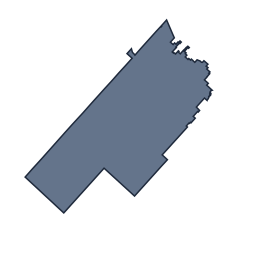 East Pilbara, Western Australia, Australia (Natural Earth projection), rotated 132°
{"feature_id": "25037944B14743311013482", "entity_name": "East Pilbara", "entity_type": "district", "adm_level": 2, "iso_a3": "AUS", "parent_name": "Australia", "parent_adm1": "Western Australia", "projection": "natural_earth1", "projection_center": [120.361, -21.612], "detail": "fine", "context": "isolated", "style": "filled", "palette": "slate", "viewbox_px": 256, "rotation_deg": 132, "n_neighbors": 0, "source": "geoboundaries", "source_scale": "gbopen_adm2", "svg_char_len": 2445}
<svg xmlns="http://www.w3.org/2000/svg" viewBox="0 0 256 256"><g transform="rotate(132 128 128)"><path d="M21.9,171.6L29.8,171.6L29.8,171.1L31.0,171.1L31.1,171.6L37.4,171.7L51.4,171.7L60.4,171.7L69.2,171.6L68.9,173.1L68.9,173.9L68.9,174.0L68.8,175.2L68.6,175.7L66.8,178.5L70.2,178.5L73.4,178.5L73.4,171.6L83.4,171.6L93.0,171.7L103.0,171.6L114.0,171.7L124.9,171.7L135.8,171.7L146.7,171.6L154.1,171.7L163.1,171.8L173.3,171.8L209.6,171.6L222.9,171.7L233.3,171.6L234.1,118.9L173.9,118.9L174.2,77.6L133.9,77.6L125.2,77.5L125.1,84.6L87.5,84.5L87.5,86.0L83.6,86.0L83.5,85.4L82.0,85.4L82.0,84.6L75.7,84.6L75.7,87.3L69.2,87.3L69.2,86.5L67.1,86.5L66.7,91.2L63.2,91.2L62.3,91.2L54.6,91.2L54.6,87.7L54.4,87.8L54.2,87.9L53.8,87.9L53.7,87.9L53.3,87.9L53.1,87.9L52.9,87.9L52.0,88.2L51.9,88.2L51.6,88.2L51.4,88.3L51.2,88.4L51.0,88.5L50.9,88.5L50.7,88.6L50.6,88.8L50.5,88.7L50.1,88.8L49.9,88.8L49.7,88.9L49.4,88.8L49.2,88.8L49.1,88.7L49.0,88.8L49.0,88.7L48.9,88.6L48.7,88.6L48.7,88.8L48.6,89.0L48.5,88.9L48.4,88.8L48.4,88.7L48.2,88.7L48.1,88.8L47.9,88.9L47.9,89.0L47.9,88.9L48.0,88.9L48.1,89.0L48.3,89.2L48.2,89.2L48.1,89.3L48.1,89.5L48.2,89.8L48.3,90.0L48.2,89.9L47.9,89.8L47.9,90.0L47.7,90.0L47.8,90.1L47.7,90.2L47.4,90.2L47.3,90.3L47.2,90.4L47.1,90.5L47.1,90.4L47.3,90.3L47.3,90.2L47.5,90.0L47.4,90.0L47.4,89.9L47.4,90.0L47.4,89.9L47.4,89.7L47.3,89.4L47.2,89.4L47.2,89.5L46.9,89.6L46.9,89.8L46.8,90.0L46.7,90.2L46.7,90.3L46.6,90.5L46.4,90.6L46.2,90.7L45.8,91.0L45.6,91.1L45.3,91.2L45.1,91.2L44.9,91.3L44.7,91.4L44.7,91.2L44.4,91.2L44.2,91.1L43.9,90.9L43.6,90.7L43.5,98.2L41.1,98.2L41.1,103.4L36.9,103.4L36.9,103.6L33.0,103.6L33.0,104.4L33.1,104.6L31.5,104.6L31.5,108.9L29.6,108.9L29.6,110.0L29.8,110.0L29.8,111.3L27.1,111.3L27.2,116.6L29.2,116.6L29.5,116.7L29.8,117.1L29.9,117.3L30.0,117.4L30.0,117.6L30.0,118.6L29.9,119.0L31.1,122.3L34.5,122.3L34.5,125.1L34.4,125.1L34.4,127.0L35.7,127.0L35.7,129.3L36.9,129.3L36.9,133.0L34.5,133.0L34.5,135.1L33.3,135.1L33.3,136.3L33.5,136.8L33.5,137.3L28.2,137.3L28.2,136.3L27.2,136.3L27.2,138.1L27.8,138.1L27.8,138.4L29.5,138.4L29.5,138.6L33.0,138.6L33.0,138.8L37.9,138.8L37.9,141.4L36.9,141.4L36.9,142.2L40.9,142.2L40.9,142.5L41.3,142.5L41.3,144.3L41.9,144.3L41.9,146.0L37.2,146.0L37.2,145.9L35.8,145.9L35.8,146.6L30.6,146.6L30.5,145.9L28.5,145.9L28.5,147.6L30.6,147.6L30.6,148.4L33.6,148.4L33.6,150.3L35.8,150.3L35.8,153.9L30.0,153.9L28.4,157.5L21.9,171.6Z" fill="#64748b" stroke="#1e293b" stroke-width="1.5"/></g></svg>